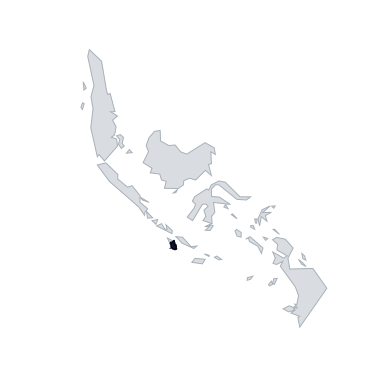 Sumba Timur, Nusa Tenggara Timur, Indonesia shown in context, rotated 35°
{"feature_id": "22746128B15873256673931", "entity_name": "Sumba Timur", "entity_type": "district", "adm_level": 2, "iso_a3": "IDN", "parent_name": "Indonesia", "parent_adm1": "Nusa Tenggara Timur", "projection": "mercator", "projection_center": [120.165, -9.805], "detail": "fine", "context": "in_parent", "style": "filled", "palette": "ink", "viewbox_px": 384, "rotation_deg": 35, "n_neighbors": 0, "source": "geoboundaries", "source_scale": "gbopen_adm2", "svg_char_len": 5578}
<svg xmlns="http://www.w3.org/2000/svg" viewBox="0 0 384 384"><g transform="rotate(35 192 192)"><path d="M130.6,159.8L137.0,168.3L146.4,167.2L151.2,163.2L159.5,165.6L166.0,164.0L174.4,144.1L184.7,143.1L189.6,147.8L184.4,148.3L191.7,157.7L189.7,159.9L198.4,167.4L190.6,166.6L188.1,180.1L182.1,182.1L178.8,187.5L180.9,191.2L178.6,197.2L167.3,204.8L164.8,198.0L160.1,199.6L155.3,195.8L146.8,200.3L145.6,195.5L135.1,196.0L133.2,183.8L127.9,180.4L125.6,172.0L126.6,163.7L130.6,159.8ZM26.2,134.2L43.0,136.8L64.6,158.7L67.3,160.4L68.4,158.2L82.8,170.3L79.3,173.0L87.4,172.5L85.7,178.7L92.4,182.1L95.9,189.7L94.5,193.4L99.9,191.8L104.6,197.1L102.5,216.8L94.4,214.6L94.2,217.4L72.3,197.5L63.1,180.5L54.7,172.0L50.6,161.0L28.8,140.7L26.2,134.2ZM357.7,193.5L357.8,240.9L350.7,234.1L351.5,232.1L342.6,234.4L344.1,229.7L341.6,227.2L342.5,226.9L343.9,227.1L344.7,226.8L340.5,224.9L342.5,224.4L338.7,215.7L331.0,210.4L307.0,202.2L306.1,196.7L302.9,202.8L299.3,204.0L298.2,198.4L292.5,194.8L305.0,193.6L306.6,189.8L294.9,190.8L292.2,185.8L285.4,184.9L287.3,180.7L295.6,177.1L307.0,179.9L308.6,191.3L316.3,199.0L334.8,185.3L357.7,193.5ZM241.2,167.3L233.0,172.3L209.9,170.7L207.1,172.6L206.2,178.6L210.6,184.5L217.2,180.5L230.6,180.2L215.6,188.2L222.4,195.6L222.1,200.8L226.6,206.4L217.3,209.1L217.5,204.2L212.2,200.1L213.4,194.5L210.5,193.9L207.6,195.9L208.9,215.1L202.5,215.3L203.0,203.8L201.9,200.0L197.5,199.2L196.9,194.3L202.2,181.1L204.6,180.8L203.7,175.2L207.7,167.5L213.6,164.9L234.2,168.4L242.8,162.3L241.2,167.3ZM104.8,217.5L121.2,220.2L123.7,223.9L136.4,225.0L139.3,221.2L151.7,224.9L155.1,230.2L165.2,231.2L165.1,235.7L166.5,238.3L156.9,234.8L118.2,230.7L98.9,224.2L104.8,217.5ZM261.8,168.4L268.7,163.1L265.6,169.2L270.2,173.0L262.9,172.4L266.8,181.0L261.5,176.3L259.6,166.3L264.0,158.6L261.8,168.4ZM265.2,195.3L282.3,197.2L284.1,202.5L277.1,198.7L267.5,199.6L264.7,197.4L263.0,199.9L265.2,195.3ZM225.9,237.2L213.3,239.6L204.4,237.8L210.2,234.5L222.6,237.3L226.9,233.5L225.9,237.2ZM189.5,233.8L198.0,234.9L199.4,237.6L182.5,240.1L185.2,235.4L191.0,238.0L193.0,237.0L189.5,233.8ZM241.4,239.6L241.7,244.9L232.2,249.7L232.6,244.5L241.4,239.6ZM104.6,186.6L107.0,192.4L110.2,193.2L109.1,196.8L104.3,195.0L102.8,190.4L98.0,189.3L100.4,186.0L104.6,186.6ZM340.1,234.7L333.7,235.5L336.8,229.5L341.8,228.2L343.4,230.5L340.1,234.7ZM205.8,242.8L209.8,245.3L211.6,248.2L207.6,249.2L198.2,243.8L205.8,242.8ZM255.5,196.9L258.1,200.9L254.2,202.3L249.6,199.3L249.9,197.1L255.5,196.9ZM165.7,233.9L174.6,235.7L170.6,238.9L165.7,233.9ZM179.7,234.2L181.0,239.2L175.7,238.5L179.7,234.2ZM120.4,194.1L116.0,197.8L116.4,193.1L120.4,194.1ZM311.3,213.9L312.4,220.3L310.4,220.5L308.7,216.0L311.3,213.9ZM162.8,225.1L155.9,227.0L153.0,225.9L162.8,225.1ZM228.8,207.6L228.9,213.2L224.9,215.7L226.4,208.0L228.8,207.6ZM39.7,164.2L45.8,167.5L45.0,170.5L39.7,164.2ZM54.8,187.4L52.3,186.2L51.2,181.6L53.1,181.5L54.8,187.4ZM287.8,232.7L286.5,230.4L290.1,226.2L290.0,230.0L287.8,232.7ZM280.8,175.1L287.9,176.6L279.9,176.1L280.8,175.1ZM237.8,186.6L244.3,188.1L237.1,188.0L237.8,186.6ZM225.8,210.3L222.3,213.1L225.3,208.1L225.8,210.3ZM317.2,179.3L320.9,179.8L324.4,182.5L321.1,183.1L317.2,179.3ZM255.0,230.3L252.7,232.3L247.8,232.6L249.1,230.2L255.0,230.3ZM311.1,221.3L309.5,224.3L307.9,224.2L308.0,219.5L311.1,221.3ZM264.8,186.6L260.5,187.1L259.3,186.1L261.2,184.2L264.8,186.6ZM317.9,186.1L323.2,186.5L328.2,187.6L323.4,188.3L317.9,186.1ZM226.8,183.1L231.2,185.0L226.7,186.0L226.8,183.1ZM268.2,158.4L265.3,157.9L268.1,155.7L268.2,158.4ZM237.5,235.7L242.4,234.0L242.9,235.1L237.5,235.7ZM280.8,186.8L280.0,189.4L276.3,188.1L278.2,187.3L280.8,186.8ZM179.1,201.8L177.2,203.6L178.7,198.1L179.1,201.8ZM260.6,176.9L262.9,180.4L262.0,180.9L258.7,178.2L260.6,176.9Z" fill="#d9dde1" stroke="#a8b0b8" stroke-width="1"/><path d="M203.7,246.2L203.4,246.1L203.5,246.2L203.5,246.3L203.5,246.2L203.6,246.3L203.8,246.4L203.8,246.5L204.0,246.6L204.1,246.8L204.3,246.8L204.5,246.8L204.8,246.8L204.8,247.0L205.0,247.0L205.3,247.2L205.4,247.3L205.5,247.5L205.8,247.8L205.9,248.0L205.8,248.3L206.0,248.3L206.3,248.5L206.5,248.7L206.7,248.8L206.8,248.9L206.8,249.0L207.0,249.1L206.9,249.1L207.0,249.1L207.3,249.2L207.3,249.3L207.3,249.2L207.5,249.2L207.9,249.3L208.0,249.3L208.0,249.2L208.3,249.2L208.4,249.3L208.6,249.4L208.8,249.6L209.0,249.6L209.2,249.4L209.3,249.3L209.5,249.3L209.5,249.2L209.8,249.1L210.0,249.2L210.3,249.2L210.6,249.1L210.9,248.9L211.0,248.9L211.2,248.7L211.3,248.5L211.3,248.4L211.5,248.4L211.8,248.1L211.9,247.9L211.9,247.7L211.8,247.4L211.7,247.4L211.7,247.2L211.4,247.0L211.3,246.9L211.2,246.9L210.9,246.8L210.9,246.7L210.7,246.7L210.5,246.4L210.3,246.0L210.3,245.8L210.2,245.8L210.2,245.7L210.1,245.4L209.9,245.4L209.9,245.2L209.7,245.1L209.4,245.1L209.3,244.9L209.2,244.6L208.9,244.6L208.7,244.7L208.5,244.8L208.4,244.8L208.2,244.9L208.1,245.0L208.1,244.9L207.9,244.7L207.7,244.7L207.7,244.8L207.6,244.7L207.6,244.8L207.6,244.7L207.4,244.5L207.5,244.5L207.4,244.3L207.4,244.1L207.4,243.9L207.3,243.7L207.2,243.6L206.8,243.6L206.7,243.6L206.4,243.5L206.3,243.4L206.2,243.3L206.2,243.2L206.0,242.9L205.9,242.9L205.7,242.8L205.7,242.6L205.5,242.4L205.4,242.4L205.3,242.1L205.2,242.1L205.0,242.4L204.9,242.5L204.9,242.8L205.0,242.8L205.1,243.0L205.1,243.4L205.1,243.5L205.1,243.8L204.9,243.8L204.8,244.0L204.7,244.1L204.6,244.3L204.6,244.5L204.6,244.9L204.4,244.9L204.2,245.0L203.9,245.0L203.8,245.3L203.9,245.5L203.8,245.8L203.8,246.0L203.7,246.2L203.7,246.2ZM207.3,249.6L207.2,249.6L207.1,249.8L207.3,249.7L207.3,249.6ZM206.9,249.7L207.0,249.7L206.9,249.7Z" fill="#0f172a" stroke="#020617" stroke-width="1.5"/></g></svg>